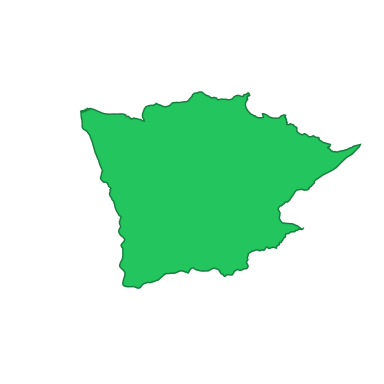 Padang Lawas, Sumatera Utara, Indonesia (Natural Earth projection), rotated 294°
{"feature_id": "22746128B18337582481574", "entity_name": "Padang Lawas", "entity_type": "district", "adm_level": 2, "iso_a3": "IDN", "parent_name": "Indonesia", "parent_adm1": "Sumatera Utara", "projection": "natural_earth1", "projection_center": [99.825, 1.157], "detail": "fine", "context": "isolated", "style": "filled", "palette": "green", "viewbox_px": 384, "rotation_deg": 294, "n_neighbors": 0, "source": "geoboundaries", "source_scale": "gbopen_adm2", "svg_char_len": 6073}
<svg xmlns="http://www.w3.org/2000/svg" viewBox="0 0 384 384"><g transform="rotate(294 192 192)"><path d="M203.7,308.2L202.9,307.5L202.7,307.1L203.9,302.5L203.8,296.7L201.3,289.9L200.7,287.6L200.7,286.7L201.7,284.5L203.6,282.4L205.2,281.9L206.1,281.9L207.1,281.2L208.5,281.1L210.1,279.3L210.9,277.9L212.8,277.4L215.1,278.2L215.4,278.4L215.8,279.4L217.1,279.8L219.0,281.0L220.7,281.3L221.5,282.3L221.4,283.0L222.7,283.8L224.1,284.4L230.5,285.6L233.4,285.9L235.5,286.5L236.5,287.1L238.8,290.6L239.3,292.1L239.2,292.8L239.3,293.7L240.2,295.4L241.2,296.9L242.9,297.6L243.8,297.2L245.5,298.6L247.3,299.0L249.8,300.0L250.7,299.9L251.4,299.3L251.8,299.4L253.8,300.4L261.1,304.9L269.3,311.5L272.9,313.8L279.7,316.3L286.4,319.1L291.2,322.6L301.2,326.4L303.8,326.5L299.6,321.0L297.4,319.8L296.2,318.1L293.8,316.4L292.6,314.7L291.8,314.1L290.6,312.2L288.7,309.6L287.7,308.6L287.1,307.1L287.1,306.2L286.4,305.3L286.2,304.0L286.5,303.4L286.1,302.4L287.2,301.1L287.2,299.9L287.6,298.2L288.0,298.0L288.8,298.0L289.1,299.3L291.7,299.1L290.6,291.6L291.5,286.4L292.8,286.3L293.2,285.6L292.3,282.7L292.8,280.0L291.8,279.2L291.7,279.3L290.2,277.1L290.1,276.1L290.8,273.9L291.1,271.4L290.9,270.9L289.7,270.1L289.3,269.5L288.9,267.3L289.4,264.9L290.0,263.3L291.4,262.3L292.8,262.0L293.3,261.6L293.6,261.1L293.7,258.8L294.0,258.1L294.7,257.4L294.3,255.6L294.4,254.1L292.8,253.1L292.4,252.2L292.2,251.1L292.9,251.0L293.5,250.4L294.1,250.8L294.6,249.8L295.1,249.8L295.4,249.4L296.4,248.7L296.5,248.8L297.0,248.4L297.2,247.7L298.0,247.4L298.3,246.4L298.7,245.9L299.6,246.5L300.0,246.5L300.2,246.2L299.7,244.3L298.7,243.6L298.1,242.8L296.8,242.0L295.7,241.9L295.1,241.5L293.7,239.0L292.4,235.6L292.0,232.2L292.7,228.8L292.7,225.8L292.4,224.8L292.0,224.6L291.7,224.7L291.1,225.6L289.5,226.8L289.2,226.8L288.9,226.2L288.2,225.6L286.8,222.3L286.7,220.4L286.7,219.8L287.2,219.1L286.9,217.6L287.2,215.6L287.1,214.5L287.4,213.4L288.9,209.9L290.8,207.2L292.9,205.5L294.3,205.0L296.0,204.6L298.1,204.9L298.3,204.6L298.9,205.2L299.2,205.2L299.6,205.0L299.6,204.6L300.8,204.0L301.0,203.6L301.5,203.7L302.7,204.3L302.8,204.8L303.3,205.3L303.9,205.4L304.3,204.5L305.1,204.2L305.4,203.0L305.0,202.7L304.5,202.9L304.1,202.2L303.5,202.2L302.1,199.9L300.3,199.9L300.1,199.7L299.4,198.2L299.4,196.3L299.2,195.6L298.8,194.4L297.8,193.1L296.0,191.7L293.4,191.0L291.0,188.0L290.6,185.5L289.4,182.8L289.3,181.9L286.9,178.2L287.0,177.2L287.7,176.2L287.7,174.9L287.3,173.5L286.5,172.9L286.6,172.5L285.8,171.4L286.4,168.1L286.1,165.1L286.6,162.4L287.0,161.9L287.3,161.0L287.2,159.9L286.4,158.2L283.9,155.4L283.5,154.4L282.8,153.8L281.3,153.1L279.1,153.0L272.9,151.0L268.4,143.7L267.5,141.4L267.2,141.4L267.5,141.3L265.8,138.3L264.9,137.6L261.8,136.4L260.4,135.0L259.6,133.9L259.0,132.8L258.4,130.8L258.5,128.1L258.2,124.7L258.4,123.3L257.8,123.2L255.4,121.4L254.8,119.8L254.0,118.5L253.1,117.2L251.2,115.3L248.7,114.7L243.8,115.0L242.4,115.3L240.5,116.3L238.4,118.8L237.3,119.6L236.9,118.0L236.9,116.9L237.3,116.4L237.4,115.8L236.8,114.7L236.8,113.5L236.4,111.2L236.0,110.5L236.1,109.3L235.7,109.1L235.6,108.3L234.9,108.1L234.0,106.8L234.5,105.9L234.4,104.6L235.0,103.9L235.2,103.2L235.0,102.5L234.3,101.7L234.3,101.2L235.3,100.1L235.6,99.0L235.1,98.5L235.2,97.5L234.3,95.0L232.8,92.2L231.1,88.1L229.6,85.3L228.1,81.1L227.6,77.9L227.4,68.1L227.0,65.5L226.4,64.3L225.3,64.9L225.8,64.3L225.2,64.3L225.2,64.0L225.8,63.6L225.7,63.4L225.2,63.6L225.0,63.3L225.5,62.8L225.6,62.5L224.5,62.9L223.6,62.7L223.7,62.4L224.4,62.5L224.7,62.2L223.6,62.0L223.9,61.9L223.8,61.3L224.0,61.2L224.0,60.9L223.0,61.2L222.3,61.1L222.4,59.8L222.2,59.6L221.7,60.1L220.6,60.0L220.6,59.5L221.6,59.5L221.9,59.1L221.5,58.4L221.0,58.3L220.5,57.5L219.6,58.2L215.5,60.3L212.8,62.3L209.7,64.0L207.7,64.7L206.2,65.7L205.3,67.3L204.7,71.6L203.1,73.9L202.7,75.0L196.6,81.0L189.0,87.3L185.2,91.2L183.0,93.8L179.8,96.4L174.9,101.8L173.6,101.5L169.6,102.5L168.3,102.5L167.5,102.8L166.8,103.4L166.0,104.7L165.0,107.5L165.6,108.6L165.9,110.3L165.8,110.8L165.2,111.8L163.2,113.7L162.8,115.9L162.2,116.6L161.7,116.6L160.8,116.1L159.4,117.1L156.9,117.3L155.2,118.7L154.1,120.5L152.6,122.1L152.1,123.0L151.8,124.3L150.7,124.9L149.4,126.2L146.5,128.2L144.1,130.7L140.8,135.3L140.9,135.6L140.8,136.4L140.0,137.7L139.1,137.4L138.0,137.4L136.7,137.9L135.8,137.7L135.3,137.9L133.7,138.6L131.8,140.7L130.9,140.9L127.6,140.7L125.9,141.3L124.4,142.8L123.4,144.5L122.6,147.6L121.6,149.6L121.2,149.9L119.5,150.0L118.2,149.8L117.4,149.4L115.3,148.8L114.1,149.1L113.1,150.2L112.8,151.2L112.1,151.9L105.7,154.8L103.4,155.5L100.9,155.6L98.7,155.4L96.1,155.6L95.3,155.9L94.7,156.3L93.9,157.4L93.5,158.7L92.8,160.2L92.7,161.2L91.2,163.5L88.5,164.6L83.4,165.2L81.2,165.7L79.3,166.6L78.6,168.0L79.1,171.3L82.0,177.6L82.1,181.3L82.6,182.6L83.8,183.7L87.0,184.3L88.5,185.2L91.3,188.2L92.4,191.0L94.3,193.0L94.8,193.9L96.1,194.8L97.9,196.9L104.1,199.8L105.5,200.0L105.7,200.8L106.7,201.2L107.1,201.8L107.7,203.3L109.7,206.6L110.6,208.9L112.6,211.0L114.3,212.3L115.7,214.4L116.0,215.4L116.5,221.4L117.1,221.6L120.7,221.9L121.8,222.4L122.8,223.2L123.2,224.7L122.7,226.4L122.8,228.0L123.3,231.4L124.3,234.3L126.6,239.0L130.5,241.9L131.5,243.5L131.7,245.7L132.0,246.9L131.9,247.8L129.5,251.4L129.1,252.3L129.4,253.5L128.2,255.7L128.6,256.5L130.5,257.5L130.9,258.0L131.8,260.6L132.6,262.4L133.0,262.6L136.6,263.0L138.0,263.6L139.5,264.8L139.9,265.6L139.7,267.1L139.8,267.5L141.1,269.3L142.9,270.6L144.2,273.0L145.1,273.4L146.5,273.6L147.3,273.3L148.4,272.2L149.5,270.7L150.5,270.2L152.8,270.6L154.8,269.1L156.6,269.1L158.6,268.6L159.7,269.2L162.1,270.8L165.7,274.9L165.8,277.8L167.4,279.2L167.8,280.7L168.3,281.6L168.7,281.8L171.7,282.2L172.1,282.6L172.3,283.3L171.8,284.2L171.7,285.1L172.3,286.2L173.8,287.3L174.0,288.0L174.6,288.6L175.1,292.0L176.0,291.5L176.8,291.7L177.4,291.5L179.5,293.2L180.2,293.0L181.1,292.3L181.4,292.5L182.0,293.8L182.3,294.0L183.6,294.0L184.4,294.4L186.9,294.4L188.9,295.6L191.6,294.6L192.4,295.5L193.3,297.1L195.5,298.2L197.4,301.8L199.2,302.7L199.6,303.5L201.8,305.0L202.4,307.6L203.0,308.2L203.7,308.2Z" fill="#22c55e" stroke="#15803d" stroke-width="1.5"/></g></svg>